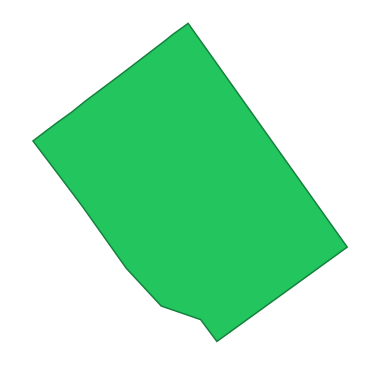 outline of Hardeman, Tennessee, United States of America, rotated 143°
{"feature_id": "52423323B34509746924407", "entity_name": "Hardeman", "entity_type": "district", "adm_level": 2, "iso_a3": "USA", "parent_name": "United States of America", "parent_adm1": "Tennessee", "projection": "equal_earth", "projection_center": [-88.961, 35.213], "detail": "fine", "context": "isolated", "style": "filled", "palette": "green", "viewbox_px": 384, "rotation_deg": 143, "n_neighbors": 0, "source": "geoboundaries", "source_scale": "gbopen_adm2", "svg_char_len": 427}
<svg xmlns="http://www.w3.org/2000/svg" viewBox="0 0 384 384"><g transform="rotate(143 192 192)"><path d="M290.4,170.5L285.2,119.4L261.9,84.9L262.1,57.7L237.8,57.2L150.2,55.5L101.2,54.6L100.6,76.9L93.9,318.2L93.6,329.0L113.2,329.4L121.5,329.1L174.8,328.7L179.2,328.7L222.7,328.8L240.8,328.2L257.8,328.6L271.0,328.6L288.3,328.5L288.2,286.4L288.2,247.2L290.4,170.5Z" fill="#22c55e" stroke="#15803d" stroke-width="1.5"/></g></svg>